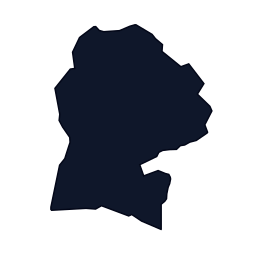 Nsit Atai, Akwa Ibom, Nigeria, rotated 174°
{"feature_id": "59680162B33769534671223", "entity_name": "Nsit Atai", "entity_type": "district", "adm_level": 2, "iso_a3": "NGA", "parent_name": "Nigeria", "parent_adm1": "Akwa Ibom", "projection": "mercator", "projection_center": [8.032, 4.828], "detail": "fine", "context": "isolated", "style": "filled", "palette": "ink", "viewbox_px": 256, "rotation_deg": 174, "n_neighbors": 0, "source": "geoboundaries", "source_scale": "gbopen_adm2", "svg_char_len": 977}
<svg xmlns="http://www.w3.org/2000/svg" viewBox="0 0 256 256"><g transform="rotate(174 128 128)"><path d="M149.5,232.2L151.4,232.3L166.7,223.1L175.2,209.2L174.7,192.8L179.2,192.6L196.5,175.1L194.4,148.8L195.7,142.7L192.9,135.8L186.9,124.8L187.1,119.9L187.4,119.1L188.6,116.5L192.8,107.0L194.0,104.2L199.9,98.2L212.9,57.5L213.2,55.1L212.6,54.2L178.2,52.5L168.7,50.8L162.5,53.5L145.7,45.1L136.5,40.5L133.3,41.6L124.2,34.0L105.7,23.7L105.6,23.8L103.0,48.7L99.1,51.3L97.1,53.6L96.3,58.5L94.3,64.8L92.4,68.3L91.0,72.8L91.1,74.6L92.3,77.6L95.6,78.8L102.5,82.5L117.4,78.7L120.2,90.3L102.4,96.7L99.9,100.6L95.8,102.1L88.9,102.2L82.0,101.7L77.8,105.0L73.4,105.2L68.0,107.5L61.4,108.5L49.8,114.8L49.3,115.5L51.3,123.2L42.8,136.2L44.3,141.0L55.4,154.3L55.4,154.5L47.9,164.2L60.9,185.4L69.0,183.4L86.2,200.6L85.0,207.3L91.4,214.0L94.3,218.6L109.3,229.8L110.4,229.9L115.5,229.0L126.3,225.7L142.1,226.3L146.4,228.0L149.5,232.2Z" fill="#0f172a" stroke="#020617" stroke-width="1.5"/></g></svg>